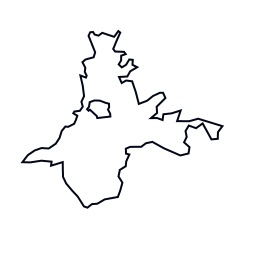 Karshi, Kashkadarya, Uzbekistan (Mercator projection), rotated 289°
{"feature_id": "79887680B57210975668042", "entity_name": "Karshi", "entity_type": "district", "adm_level": 2, "iso_a3": "UZB", "parent_name": "Uzbekistan", "parent_adm1": "Kashkadarya", "projection": "mercator", "projection_center": [65.821, 38.728], "detail": "fine", "context": "isolated", "style": "outline", "palette": "ink", "viewbox_px": 256, "rotation_deg": 289, "n_neighbors": 0, "source": "geoboundaries", "source_scale": "gbopen_adm2", "svg_char_len": 1716}
<svg xmlns="http://www.w3.org/2000/svg" viewBox="0 0 256 256"><g transform="rotate(289 128 128)"><path d="M59.5,140.9L66.7,141.0L74.5,140.5L79.1,134.8L85.7,133.9L91.1,138.3L95.9,137.2L103.4,137.9L103.1,134.5L107.7,132.7L110.9,136.2L114.5,146.6L119.5,150.0L122.8,155.6L120.5,168.7L119.1,186.4L123.6,193.5L129.9,192.4L132.7,185.7L138.7,186.4L143.8,183.4L150.1,184.7L150.0,192.4L156.6,197.1L149.3,205.2L144.4,210.6L147.0,216.4L153.4,214.4L160.5,216.7L159.6,191.3L154.3,183.6L150.5,172.2L161.7,172.1L156.0,164.4L152.5,157.0L146.8,158.1L146.9,152.3L144.8,146.5L151.7,150.6L157.4,148.2L168.5,153.6L172.7,149.7L171.6,146.6L166.5,141.3L160.0,137.2L154.3,130.4L164.6,123.6L173.5,116.7L172.3,110.8L168.5,107.4L173.3,102.9L176.5,110.6L182.3,111.6L188.5,116.9L189.2,111.7L194.0,110.3L193.2,106.9L187.1,105.6L183.3,102.4L185.1,98.5L189.6,99.5L194.2,98.0L197.1,101.8L198.7,99.4L196.1,91.0L197.9,88.3L206.3,88.8L215.7,89.6L216.5,87.3L209.7,85.2L209.6,72.7L205.7,70.0L205.5,66.0L207.4,63.7L206.2,61.1L202.3,60.7L188.9,72.3L183.7,72.5L178.9,65.5L175.4,63.5L171.1,68.0L166.9,68.9L164.0,71.9L162.0,71.8L162.1,65.9L153.3,71.4L143.8,76.1L137.7,75.4L133.4,78.3L128.6,76.9L126.1,71.9L124.1,71.5L123.1,76.1L118.6,76.1L114.4,75.7L109.6,71.0L109.0,68.3L103.5,66.3L96.3,66.5L89.6,64.8L82.8,59.7L80.9,52.8L76.4,47.1L69.7,42.1L61.3,39.3L63.6,46.6L68.9,56.8L71.3,66.7L67.3,67.5L74.5,77.4L67.8,79.8L60.6,82.5L55.4,87.6L50.5,95.8L46.8,102.8L39.5,111.9L39.5,115.6L44.3,118.7L46.4,123.6L52.9,129.2L59.5,140.9ZM132.4,83.2L135.4,84.2L140.0,83.4L143.1,87.3L144.7,92.4L144.5,99.0L144.8,102.1L141.4,103.4L138.9,103.1L135.7,106.5L133.1,107.6L127.4,95.7L129.2,94.5L132.9,86.0L131.5,85.1L132.4,83.2Z" fill="none" stroke="#020617" stroke-width="2"/></g></svg>